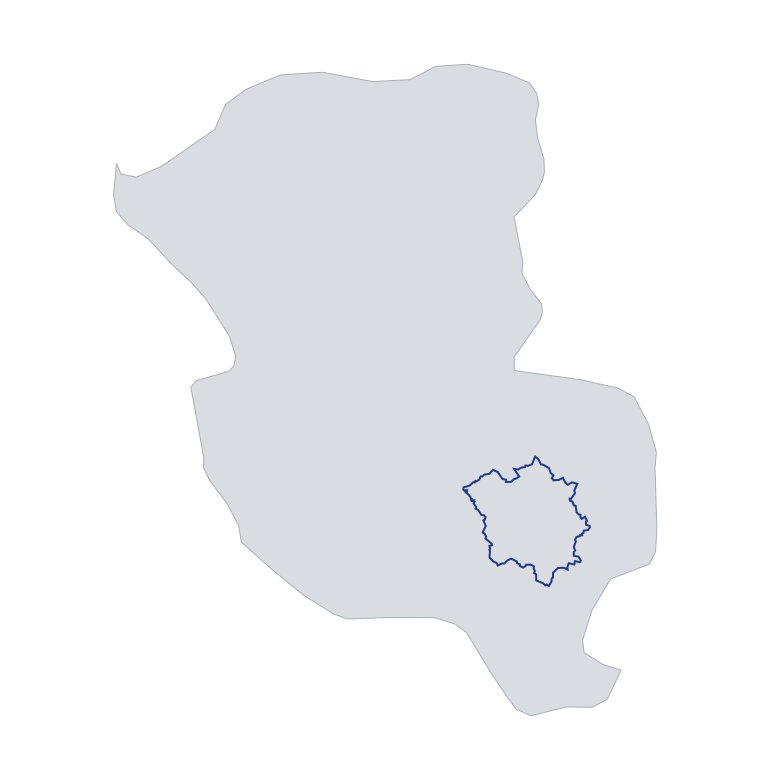 Nyamagabe, Southern, Rwanda (highlighted), rotated 273°
{"feature_id": "39286606B14277660644276", "entity_name": "Nyamagabe", "entity_type": "district", "adm_level": 2, "iso_a3": "RWA", "parent_name": "Rwanda", "parent_adm1": "Southern", "projection": "orthographic", "projection_center": [29.511, -2.4], "detail": "medium", "context": "in_parent", "style": "outline", "palette": "blue", "viewbox_px": 768, "rotation_deg": 273, "n_neighbors": 0, "source": "geoboundaries", "source_scale": "gbopen_adm2", "svg_char_len": 3018}
<svg xmlns="http://www.w3.org/2000/svg" viewBox="0 0 768 768"><g transform="rotate(273 384 384)"><path d="M291.0,208.1L301.5,207.8L370.7,191.3L377.6,196.5L388.7,228.6L394.6,233.3L404.2,234.4L423.6,227.1L459.3,202.0L474.8,186.7L493.1,165.2L516.5,141.1L529.5,120.0L542.3,107.7L559.0,104.0L577.5,104.9L590.3,105.3L579.8,110.4L577.6,125.8L589.7,150.5L629.4,201.7L654.7,211.1L671.2,231.0L687.3,264.5L692.1,306.4L685.4,356.8L689.3,394.3L703.9,418.9L707.7,450.8L700.8,489.9L692.3,513.4L682.3,521.1L671.1,524.0L655.8,521.3L637.1,524.7L616.8,532.0L604.1,533.1L596.2,531.6L581.2,525.3L557.6,505.1L513.5,516.2L501.6,516.0L485.4,525.6L472.2,537.4L464.2,538.3L456.1,536.6L418.1,512.7L404.2,513.5L398.5,580.6L392.1,617.9L384.3,634.5L357.1,650.5L329.8,659.6L314.8,659.0L254.6,664.0L231.1,664.0L218.1,658.6L201.2,620.5L169.3,603.6L138.7,595.7L126.2,597.9L115.1,617.8L110.6,635.7L80.9,623.5L72.0,608.4L71.1,582.9L60.3,547.9L66.3,533.0L77.9,523.4L102.6,504.9L140.1,479.4L148.1,467.2L153.4,446.9L151.0,399.6L147.4,359.7L151.8,345.5L168.9,314.7L191.9,283.1L218.7,249.7L234.8,246.4L256.0,233.8L278.4,215.1L291.0,208.1Z" fill="#d9dde1" stroke="#a8b0b8" stroke-width="1"/><path d="M296.9,487.1L296.7,485.3L293.5,484.2L291.4,481.0L291.9,480.3L290.4,479.7L290.6,478.3L287.1,475.0L285.0,468.9L282.7,468.7L281.5,470.2L282.1,471.1L280.6,471.2L281.7,472.5L279.6,472.2L276.0,476.1L274.0,476.6L273.7,477.6L272.6,477.3L272.5,479.5L271.6,478.5L271.0,480.5L269.3,479.8L266.1,482.5L264.4,481.9L263.0,484.7L258.2,488.2L258.2,490.5L256.5,492.4L253.8,491.8L253.0,490.4L247.5,493.1L241.0,490.3L240.0,492.2L237.0,494.0L235.1,493.4L229.8,500.2L228.7,500.4L227.8,497.7L224.9,498.6L223.9,497.9L222.7,498.6L216.3,498.4L212.3,502.9L211.1,505.9L208.7,507.2L211.1,511.6L210.9,513.5L214.2,516.3L216.2,520.1L213.7,526.0L212.0,526.4L210.9,529.3L209.4,529.1L208.0,532.5L209.5,534.8L210.9,535.1L211.3,539.9L209.7,543.3L207.8,543.0L205.3,544.4L203.1,543.8L201.9,545.9L195.8,546.3L193.3,553.4L191.3,555.6L192.3,557.1L190.8,559.2L195.7,561.6L198.5,561.7L199.6,562.9L204.4,562.7L209.4,567.4L209.9,573.3L208.3,577.1L210.5,576.7L214.7,577.9L213.7,583.4L217.2,584.1L216.2,588.4L216.8,589.4L217.9,589.8L221.7,587.4L222.4,582.6L225.9,582.3L227.8,583.6L231.3,582.1L236.8,583.8L238.4,583.0L241.5,584.3L242.1,587.4L243.3,587.7L243.3,589.8L245.0,589.6L245.8,591.0L248.1,591.2L248.9,595.4L251.7,597.2L253.1,596.7L253.9,593.2L257.0,592.8L257.9,593.9L261.8,591.8L259.7,588.4L261.3,587.1L263.7,587.0L263.9,585.3L265.9,583.1L272.4,581.7L272.8,579.8L276.3,578.5L277.2,575.8L279.2,575.4L279.2,576.9L284.9,580.4L287.6,579.6L294.5,582.3L295.6,576.9L293.0,572.8L295.0,570.2L299.7,567.5L297.3,563.6L296.8,558.2L298.6,556.6L301.7,557.9L303.6,555.3L308.6,553.1L311.8,547.1L311.9,545.0L316.6,542.3L319.5,538.8L311.6,536.0L309.8,532.2L310.0,529.5L308.4,529.1L307.7,525.4L305.6,522.3L306.0,518.3L298.8,523.8L296.8,521.7L295.8,518.8L292.9,516.1L292.6,510.8L294.9,510.7L295.4,507.3L302.1,502.1L303.9,497.3L299.8,493.9L298.7,488.7L296.9,487.1Z" fill="none" stroke="#1e3a8a" stroke-width="2"/></g></svg>